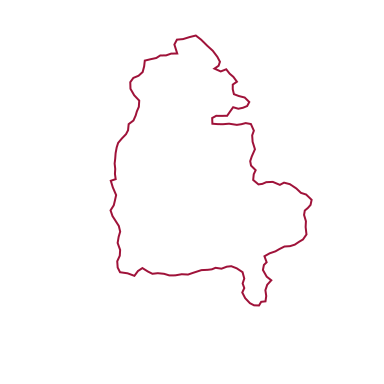 the district of Santana de Cataguases, Minas Gerais, Brazil, rotated 140°
{"feature_id": "56859067B5954230458891", "entity_name": "Santana de Cataguases", "entity_type": "district", "adm_level": 2, "iso_a3": "BRA", "parent_name": "Brazil", "parent_adm1": "Minas Gerais", "projection": "equal_earth", "projection_center": [-42.562, -21.278], "detail": "fine", "context": "isolated", "style": "outline", "palette": "rose", "viewbox_px": 384, "rotation_deg": 140, "n_neighbors": 0, "source": "geoboundaries", "source_scale": "gbopen_adm2", "svg_char_len": 2117}
<svg xmlns="http://www.w3.org/2000/svg" viewBox="0 0 384 384"><g transform="rotate(140 192 192)"><path d="M247.0,252.8L249.7,246.4L252.1,238.4L256.8,234.8L260.5,232.1L266.2,230.3L268.4,224.6L269.0,219.8L269.9,213.0L272.5,207.8L277.0,204.8L281.7,200.8L284.3,193.8L288.3,189.6L293.8,187.0L297.5,181.9L298.7,176.8L293.6,171.1L290.0,164.8L284.2,166.2L278.9,165.6L276.9,159.4L274.9,154.8L270.4,151.8L266.0,147.3L263.0,142.7L258.4,138.9L252.7,135.6L248.1,131.3L243.4,129.5L239.7,128.0L235.0,126.1L230.0,122.3L226.5,120.0L222.7,118.8L218.7,114.3L213.3,112.4L209.6,109.9L206.8,104.8L204.8,98.1L207.6,92.1L212.0,89.4L213.7,84.8L218.1,82.7L219.5,76.5L219.1,69.6L217.3,65.3L213.6,62.0L209.6,63.4L206.0,61.0L202.0,64.6L198.9,69.6L194.0,72.6L188.0,73.4L189.2,79.1L187.8,86.7L183.8,89.9L180.0,90.2L177.8,96.2L171.9,95.1L166.2,92.9L161.7,92.1L156.2,90.8L151.7,87.5L147.1,85.6L141.7,85.0L137.5,84.3L131.6,85.9L127.5,92.1L123.5,96.4L120.9,102.4L117.5,105.3L113.5,105.3L109.5,105.9L105.4,109.1L106.2,116.7L109.1,121.3L109.8,127.6L112.0,135.1L115.5,140.0L120.1,141.0L123.6,147.8L128.8,151.8L132.9,153.0L136.2,155.1L137.4,161.9L133.3,165.9L129.2,167.8L129.8,174.3L127.6,178.2L123.4,180.8L116.3,184.3L113.3,191.5L109.5,196.7L105.2,199.2L103.2,206.2L106.6,210.3L110.6,212.2L114.5,214.6L119.7,220.5L124.8,224.1L128.6,227.4L132.5,231.2L129.0,235.7L124.5,234.8L120.5,231.4L116.1,227.8L111.0,229.2L106.0,230.5L103.0,226.0L98.9,223.8L94.5,222.4L90.3,224.1L90.9,230.5L94.5,235.5L97.0,240.0L94.7,244.6L91.7,248.1L86.7,247.6L86.3,253.6L87.1,258.4L86.9,264.0L92.5,265.9L95.5,272.1L90.5,271.6L86.9,273.8L85.7,279.2L85.3,286.8L86.3,294.2L87.1,302.8L88.5,309.4L94.2,312.2L100.6,314.9L105.6,318.4L110.7,316.3L114.3,307.6L119.0,311.4L124.0,313.3L128.6,317.0L133.2,317.6L138.3,320.3L143.7,323.0L147.9,319.0L152.7,315.6L158.2,315.4L163.6,317.1L168.7,315.8L172.8,310.6L174.1,303.3L173.7,295.9L178.0,291.4L182.4,289.2L186.0,286.8L190.9,284.4L196.9,284.7L201.3,280.4L205.4,278.7L211.2,278.1L217.0,277.1L221.0,274.6L225.5,270.9L229.5,266.8L233.0,263.5L236.0,259.0L239.4,255.4L242.2,250.9L247.0,252.8Z" fill="none" stroke="#9f1239" stroke-width="2"/></g></svg>